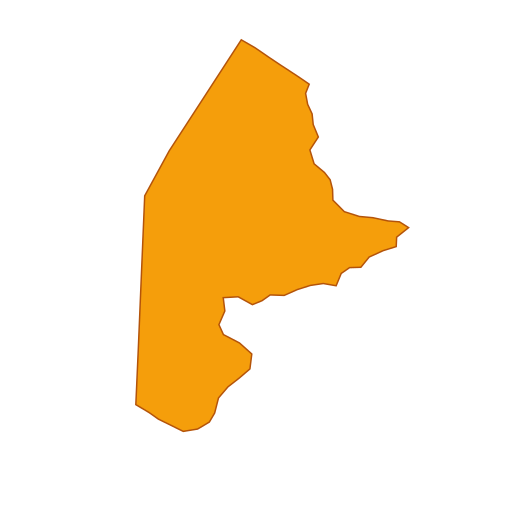 Carrapateira, Paraíba, Brazil, rotated 25°
{"feature_id": "56859067B41888191918585", "entity_name": "Carrapateira", "entity_type": "district", "adm_level": 2, "iso_a3": "BRA", "parent_name": "Brazil", "parent_adm1": "Paraíba", "projection": "mercator", "projection_center": [-38.322, -7.048], "detail": "fine", "context": "isolated", "style": "filled", "palette": "amber", "viewbox_px": 512, "rotation_deg": 25, "n_neighbors": 0, "source": "geoboundaries", "source_scale": "gbopen_adm2", "svg_char_len": 893}
<svg xmlns="http://www.w3.org/2000/svg" viewBox="0 0 512 512"><g transform="rotate(25 256 256)"><path d="M382.3,165.8L371.6,164.4L360.9,168.4L345.7,171.9L332.9,176.5L317.3,178.5L302.1,172.9L297.2,163.2L291.0,155.6L282.8,151.4L269.7,147.9L260.0,137.1L262.2,121.8L252.3,112.7L246.8,103.5L238.7,96.7L232.2,87.6L231.6,77.8L221.5,76.1L209.5,74.3L196.9,72.5L182.7,70.3L167.3,67.7L151.3,66.3L132.9,197.4L129.7,248.5L189.2,391.4L209.9,441.5L225.5,443.1L236.4,445.1L264.2,445.7L276.2,437.5L283.9,426.2L284.9,415.8L282.0,400.5L285.9,386.4L292.4,373.7L298.2,360.9L293.6,346.6L277.8,341.8L259.7,341.0L251.4,333.9L251.0,319.0L243.9,307.6L257.1,300.5L273.3,301.6L280.4,293.9L285.3,285.3L298.2,279.8L307.6,269.0L317.7,259.7L328.6,252.5L341.2,249.1L340.6,235.8L345.7,227.0L355.8,221.9L359.0,209.1L369.0,197.4L379.1,188.2L375.5,179.5L382.3,165.8Z" fill="#f59e0b" stroke="#b45309" stroke-width="1.5"/></g></svg>